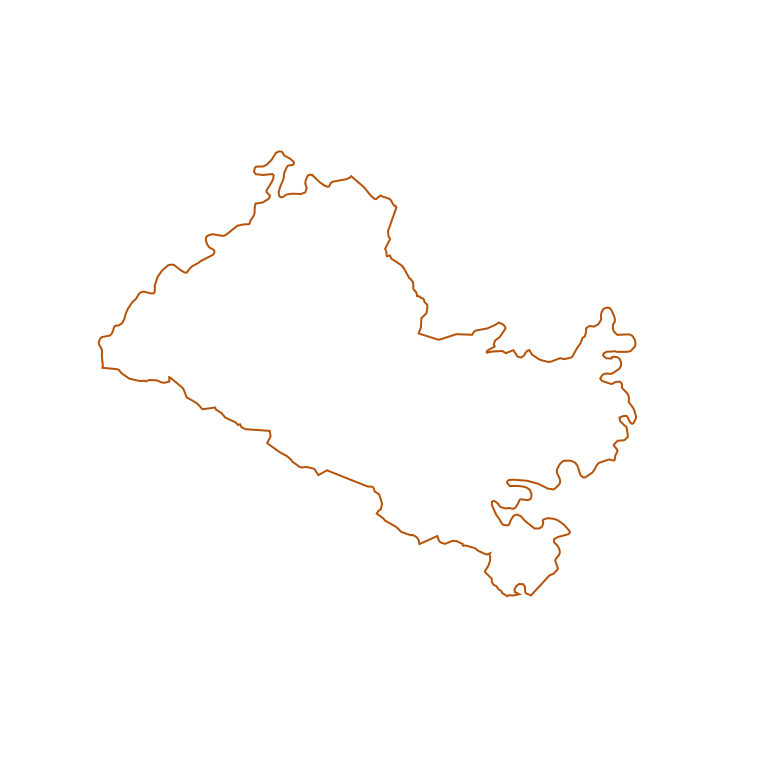 La Misión, Hidalgo, Mexico, rotated 333°
{"feature_id": "50627088B23138580841990", "entity_name": "La Misión", "entity_type": "district", "adm_level": 2, "iso_a3": "MEX", "parent_name": "Mexico", "parent_adm1": "Hidalgo", "projection": "orthographic", "projection_center": [-99.056, 21.066], "detail": "fine", "context": "isolated", "style": "outline", "palette": "amber", "viewbox_px": 768, "rotation_deg": 333, "n_neighbors": 0, "source": "geoboundaries", "source_scale": "gbopen_adm2", "svg_char_len": 6154}
<svg xmlns="http://www.w3.org/2000/svg" viewBox="0 0 768 768"><g transform="rotate(333 384 384)"><path d="M449.1,183.9L447.5,184.6L443.3,184.4L430.4,180.5L428.0,180.7L424.8,182.9L423.5,182.8L421.4,180.7L418.5,175.5L415.0,165.3L414.7,165.5L413.0,163.7L410.3,163.9L406.8,166.9L404.9,169.5L404.0,174.6L400.7,177.5L396.2,177.0L389.3,173.1L382.8,170.8L379.6,171.5L377.0,170.9L376.3,170.1L376.0,168.3L377.4,165.1L380.8,161.4L387.7,155.5L391.3,150.2L396.6,146.1L399.0,146.2L401.7,147.3L403.4,147.1L404.3,146.0L404.3,144.6L402.3,140.1L398.8,135.0L398.6,130.9L396.5,129.2L392.8,128.9L385.9,133.1L379.1,135.4L375.1,135.3L368.7,132.3L366.9,132.9L364.6,135.8L365.0,138.9L371.2,142.9L379.8,146.2L380.5,147.6L378.8,150.5L376.0,152.9L366.9,158.4L366.6,160.0L367.9,164.3L366.5,166.0L364.6,166.7L358.2,167.2L351.4,164.9L348.7,168.4L346.2,173.1L343.7,175.3L339.1,177.8L337.5,179.7L336.3,180.3L330.9,177.9L325.2,176.4L311.1,179.3L308.9,179.3L307.0,178.5L299.3,172.7L295.6,171.9L292.9,172.0L291.0,173.9L290.2,176.6L289.9,179.6L290.3,182.9L292.9,186.7L293.3,188.2L292.7,189.7L290.4,191.2L276.2,191.3L273.6,191.9L266.4,192.0L262.5,193.3L259.1,195.1L258.2,195.0L256.9,194.0L254.9,191.0L250.9,182.5L248.4,180.9L245.6,180.2L238.1,182.0L231.3,185.5L224.7,191.9L221.7,197.6L220.2,198.6L218.0,197.9L211.7,192.5L208.6,192.0L206.5,192.5L202.0,195.4L196.6,197.0L189.7,200.9L185.6,204.2L182.4,208.0L178.3,210.9L174.5,211.4L171.9,210.4L170.0,210.3L164.7,215.3L161.9,216.4L153.8,214.1L151.5,214.9L148.9,217.2L148.1,218.7L148.2,225.7L144.9,231.8L141.9,239.9L140.4,241.7L152.6,249.4L154.1,251.0L155.1,255.4L159.6,263.7L167.5,270.3L172.5,272.6L172.5,273.2L173.6,273.8L176.3,273.7L183.1,277.5L186.7,281.7L188.8,283.2L193.9,284.4L195.7,280.5L197.0,282.3L202.7,295.9L203.0,297.7L202.1,306.2L208.7,316.5L210.8,324.1L222.9,328.3L222.6,330.4L225.9,335.8L227.4,342.1L234.4,350.8L235.3,354.2L237.4,354.5L237.4,357.8L240.1,361.4L260.9,373.9L259.1,379.3L253.3,383.4L253.2,384.1L260.2,397.5L264.8,404.2L266.8,409.2L267.1,411.5L271.1,419.5L272.8,421.0L277.2,422.6L283.4,428.0L284.2,435.4L294.0,435.0L321.2,466.0L323.4,468.3L326.5,469.8L327.2,470.7L327.5,472.4L326.9,475.5L329.6,480.3L327.9,489.8L324.2,494.2L321.3,494.6L318.6,496.1L322.3,503.3L322.9,506.1L330.0,516.9L332.3,523.7L339.3,531.0L340.9,531.4L343.2,534.5L344.1,538.1L342.9,542.7L362.5,543.7L361.8,548.4L362.4,550.6L363.6,552.1L365.9,554.2L373.7,554.8L377.3,556.9L381.5,562.3L380.9,563.5L381.2,564.2L383.4,564.9L390.4,571.4L392.3,575.6L397.3,581.8L398.7,582.8L401.6,583.0L400.7,583.7L400.1,586.4L398.7,589.0L397.3,590.6L394.6,593.2L389.6,596.2L388.6,597.5L391.6,606.2L390.2,609.5L390.5,612.7L392.2,614.8L392.8,618.8L394.5,621.6L394.5,624.0L397.5,629.0L399.5,628.9L402.9,631.0L409.0,632.7L406.1,628.5L407.1,626.3L409.7,624.4L412.0,623.7L413.9,623.7L417.0,625.5L417.6,628.4L415.4,633.4L415.6,635.2L419.0,639.1L444.7,629.6L448.7,630.1L453.6,628.4L455.2,627.4L456.3,619.2L457.8,617.8L462.4,615.8L464.4,613.6L465.2,610.9L465.3,607.4L463.7,602.2L465.0,599.5L469.5,599.3L479.9,601.5L482.2,600.8L482.6,599.4L480.5,591.0L477.1,584.5L474.2,581.3L469.1,577.9L464.3,577.2L463.5,577.6L462.7,580.2L460.2,582.8L457.0,583.3L452.5,581.1L447.9,571.0L445.8,563.8L443.3,560.7L440.9,560.2L439.1,560.5L435.4,562.7L431.9,565.9L431.0,566.1L429.9,566.1L426.2,563.6L425.5,560.6L425.5,556.9L424.6,551.7L425.2,540.6L426.8,537.8L428.8,538.0L430.1,539.9L431.2,542.1L431.7,546.0L433.7,548.3L436.4,550.5L438.8,551.0L442.4,553.8L444.9,553.9L449.3,551.2L452.4,548.7L453.8,548.9L459.2,552.7L462.2,553.1L464.5,550.9L465.4,549.0L466.0,544.7L463.9,540.8L461.9,539.0L457.4,535.8L449.8,532.0L448.8,528.0L449.5,526.8L451.5,526.2L455.8,528.0L467.6,535.2L476.2,543.0L482.5,551.6L487.2,554.9L488.4,554.9L494.3,553.1L496.5,551.4L497.6,547.9L497.7,541.8L498.6,539.7L499.8,538.3L504.3,535.2L507.7,534.1L509.5,534.1L514.1,536.3L516.6,538.1L518.6,541.0L519.3,544.5L517.7,554.5L518.9,557.4L520.8,558.6L529.4,557.5L532.9,555.7L536.4,553.1L539.5,551.9L550.1,553.3L554.1,556.6L555.1,556.4L557.7,552.7L561.5,549.9L561.9,548.4L560.9,542.8L561.5,542.3L566.4,540.6L572.1,543.1L573.6,543.0L577.2,541.8L577.8,540.9L580.6,532.4L579.3,529.7L577.6,524.2L578.6,520.8L582.6,521.2L585.4,522.4L585.9,523.2L585.9,530.1L586.9,532.1L588.5,532.2L589.6,531.5L593.4,528.4L594.3,525.4L595.2,519.2L594.0,511.9L594.2,510.5L596.0,507.6L596.6,505.0L596.5,503.0L594.3,495.5L595.9,492.1L595.7,489.8L595.0,488.8L591.1,487.3L587.9,487.5L586.3,487.0L579.7,480.3L579.1,477.4L581.8,475.5L583.9,475.0L587.0,475.6L590.5,477.9L592.8,478.2L600.8,477.2L603.8,475.0L605.1,471.9L605.4,469.1L604.4,466.5L601.3,464.0L599.1,463.6L598.4,464.6L594.1,462.3L592.8,460.2L592.2,457.8L593.6,456.5L596.8,456.3L604.7,459.7L605.9,461.0L614.7,465.5L618.6,466.7L624.8,464.4L626.3,462.4L627.6,458.4L627.1,453.7L625.2,451.2L614.2,446.1L612.9,442.4L612.7,440.2L613.3,438.1L615.2,434.8L617.9,433.4L618.3,432.3L619.1,431.6L619.1,430.6L619.8,428.8L620.2,420.9L619.6,418.7L617.4,417.1L613.8,416.7L610.4,418.8L608.0,422.0L607.2,424.5L606.3,425.5L602.0,428.1L597.2,428.2L594.0,425.9L592.3,425.6L589.4,426.1L587.9,429.0L584.7,432.7L581.8,433.1L577.1,437.3L572.7,439.4L564.3,445.1L562.4,445.3L556.7,443.9L554.8,443.1L554.0,441.8L552.3,440.9L543.1,439.9L540.6,439.1L534.4,433.7L532.6,431.1L529.4,425.4L528.8,419.7L526.6,419.5L523.6,420.7L522.7,421.7L520.1,422.5L518.0,422.6L515.4,420.2L514.6,412.6L506.5,411.8L504.4,408.3L495.3,404.3L489.9,402.7L490.3,401.8L491.4,401.2L499.6,400.8L499.7,398.8L502.7,395.7L508.3,394.8L517.4,389.8L517.9,388.3L517.2,385.0L514.3,381.4L510.4,381.8L501.4,381.4L489.7,378.0L487.9,378.3L484.9,380.2L471.2,372.5L453.8,369.7L452.3,369.0L437.8,354.7L442.6,350.3L447.2,342.3L453.9,340.3L457.7,335.0L458.4,333.0L457.3,329.1L457.9,326.7L457.5,325.4L455.8,323.7L455.8,322.5L453.4,320.6L454.0,319.3L454.2,316.1L453.2,312.9L456.1,306.5L455.4,302.5L454.6,301.2L454.2,288.9L453.7,288.7L453.9,287.3L451.2,282.0L447.4,275.6L447.7,272.3L444.5,271.4L446.3,266.6L446.4,264.0L455.3,257.6L455.1,254.5L456.9,249.7L475.2,232.3L474.8,231.5L475.2,230.6L474.1,229.8L473.7,227.9L473.5,223.0L472.9,221.6L470.3,218.6L468.5,217.2L466.4,214.4L460.7,215.7L459.4,214.5L457.8,210.1L455.3,199.0L449.1,183.9Z" fill="none" stroke="#b45309" stroke-width="2"/></g></svg>